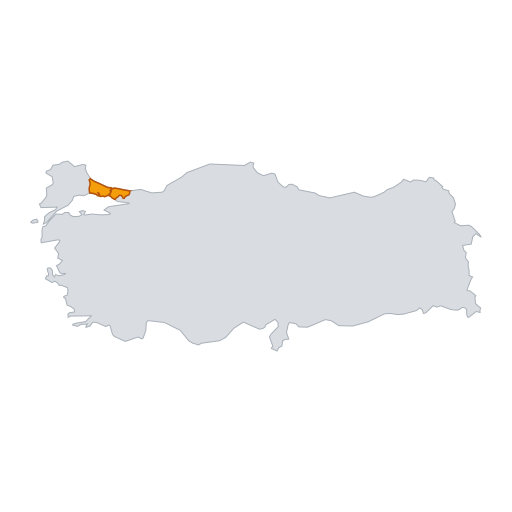 where Istanbul sits in Turkey
{"feature_id": "TUR-2265", "entity_name": "Istanbul", "entity_type": "Province", "adm_level": 1, "iso_a3": "TUR", "parent_name": "Turkey", "parent_adm1": "", "projection": "mercator", "projection_center": [28.93, 41.208], "detail": "fine", "context": "in_parent", "style": "filled", "palette": "amber", "viewbox_px": 512, "rotation_deg": 0, "n_neighbors": 0, "source": "natural_earth", "source_scale": "10m", "svg_char_len": 5371}
<svg xmlns="http://www.w3.org/2000/svg" viewBox="0 0 512 512"><path d="M403.5,179.3L410.8,182.0L413.2,180.0L420.0,180.3L426.0,181.8L429.3,177.4L433.5,177.9L434.3,180.1L436.3,180.9L442.6,186.5L441.8,187.2L443.4,189.3L448.7,190.7L449.2,193.5L453.4,197.7L455.5,204.2L454.2,208.8L451.9,211.6L455.2,221.3L454.2,222.6L460.7,225.8L468.9,225.2L471.5,226.6L479.3,234.2L481.3,237.2L475.9,233.6L472.8,236.7L471.2,244.1L462.6,245.5L463.9,250.3L466.2,252.6L465.5,257.1L466.1,258.9L468.4,261.9L468.1,266.0L469.1,270.3L469.1,275.5L472.6,277.0L471.0,279.4L467.0,289.8L467.3,290.6L470.0,290.9L475.9,295.7L474.9,297.2L475.6,303.8L480.7,308.1L479.9,310.3L480.1,312.5L476.3,311.5L468.7,317.3L467.8,317.2L466.8,315.2L466.6,309.3L464.7,307.8L462.4,307.4L458.2,310.1L454.4,310.0L450.7,309.5L440.7,305.8L437.0,307.1L433.2,305.7L425.7,312.9L423.4,313.5L422.4,309.9L419.8,307.9L416.4,310.6L403.6,314.1L397.7,314.6L390.5,313.5L384.5,313.8L368.3,321.8L352.8,326.0L338.9,325.7L331.3,320.7L325.4,319.6L307.6,327.2L298.9,326.9L296.0,323.8L289.3,322.5L287.9,325.5L286.5,332.6L288.8,339.1L285.0,339.5L282.6,341.0L282.0,345.9L278.6,347.8L277.4,350.8L276.8,350.9L271.3,348.4L272.8,346.0L269.4,336.9L271.1,334.1L278.2,326.7L278.0,322.4L275.0,319.3L265.8,324.8L265.0,326.9L262.9,328.5L259.5,329.2L243.3,322.1L233.8,328.3L225.7,337.4L219.6,340.7L201.6,343.2L198.4,344.9L192.3,343.0L188.6,340.6L180.2,330.3L164.5,322.5L147.8,320.6L146.3,322.7L145.8,330.6L143.1,338.1L141.7,338.9L138.1,337.0L125.3,341.4L114.4,336.5L112.5,334.4L110.0,325.7L108.4,325.1L106.7,326.3L104.8,326.2L96.9,322.5L92.7,322.2L90.2,325.9L86.0,327.4L85.9,326.4L87.5,324.0L81.0,324.4L77.5,326.3L72.7,325.2L73.0,324.1L76.9,323.0L85.7,321.6L91.3,315.8L70.3,316.1L68.2,317.4L67.9,314.4L69.1,312.9L74.6,311.9L74.3,309.3L70.9,306.6L67.2,305.2L65.5,298.8L63.6,297.2L63.9,296.3L67.3,295.2L68.0,290.5L67.5,287.7L60.7,285.1L59.2,285.4L57.5,282.9L54.6,281.1L52.2,282.6L45.4,278.7L46.6,275.9L48.3,276.0L48.6,273.8L47.3,270.2L47.4,268.3L48.9,267.8L50.6,268.1L52.3,270.3L52.5,274.5L54.4,277.0L55.6,274.5L58.8,275.9L64.4,274.6L65.4,273.5L61.3,273.6L59.8,272.6L56.5,265.7L59.9,263.7L62.4,260.4L57.7,258.1L58.6,253.5L54.6,248.1L59.9,241.2L59.7,240.3L58.0,239.8L41.2,242.8L40.9,239.7L42.1,237.0L42.0,230.4L42.8,226.8L45.9,225.7L49.7,220.4L55.9,214.1L62.3,214.3L64.9,212.5L68.7,212.4L69.9,214.9L73.2,216.6L79.2,216.3L82.0,214.7L79.3,211.6L82.6,210.6L85.3,211.4L83.9,214.7L84.7,215.1L92.4,214.0L100.4,214.9L109.3,214.5L110.4,213.4L104.1,210.0L108.1,207.0L110.4,206.4L129.0,203.7L129.1,203.0L117.7,201.5L111.8,197.5L110.2,195.3L111.3,190.0L112.6,188.6L116.7,188.4L130.7,190.8L140.7,189.4L151.7,192.9L162.2,192.2L164.3,190.6L166.9,185.5L181.7,177.1L186.9,172.6L209.9,164.0L244.4,165.5L250.4,162.1L253.9,163.2L253.0,165.5L253.2,167.5L257.3,172.7L263.4,175.7L271.9,173.1L275.0,174.1L278.0,182.2L283.3,186.9L285.8,187.3L289.0,184.5L292.1,184.2L297.2,186.9L298.9,189.8L315.4,193.1L318.8,195.5L329.8,197.9L354.4,192.2L363.4,196.1L371.0,197.3L374.2,196.7L384.1,192.2L387.2,189.6L393.4,187.4L401.2,182.3L403.5,179.3ZM85.9,165.1L85.3,168.7L86.8,172.7L90.2,178.2L93.7,180.9L110.4,188.3L108.1,195.3L103.9,196.3L89.6,193.0L83.8,195.8L79.6,195.1L73.8,196.4L72.2,200.5L68.1,205.2L56.7,211.1L46.3,222.7L43.3,224.1L44.6,220.2L44.5,216.8L49.0,212.7L55.5,209.7L57.1,207.1L41.0,207.6L39.4,204.0L41.1,203.3L46.3,196.9L46.8,194.4L46.3,188.1L52.7,184.4L53.2,183.0L52.2,176.7L46.1,173.1L46.2,171.3L50.5,169.6L53.0,165.2L59.3,164.4L62.3,162.2L67.8,161.1L74.6,166.6L82.7,164.5L85.9,165.1ZM37.8,222.3L32.4,223.2L30.7,222.3L32.4,220.4L36.6,219.1L38.0,221.0L37.8,222.3Z" fill="#d9dde1" stroke="#a8b0b8" stroke-width="1"/><path d="M90.3,178.6L91.0,179.3L94.6,181.5L99.7,183.7L106.9,187.2L109.3,187.7L109.4,187.8L109.5,187.8L109.9,187.9L110.0,187.6L110.7,187.6L111.3,187.8L111.7,188.2L111.4,188.9L111.1,189.5L110.7,190.1L110.3,190.3L110.1,190.4L110.1,190.6L110.3,190.8L110.5,191.1L110.6,191.3L110.8,191.5L110.7,191.6L110.6,191.8L110.5,192.4L110.3,193.0L110.1,193.4L109.8,193.8L109.6,194.0L109.2,194.1L109.0,194.3L108.9,194.5L108.8,194.8L108.9,195.0L108.9,195.3L108.7,195.5L108.2,195.4L108.0,195.2L107.8,195.2L107.7,195.3L107.5,195.6L107.4,195.6L107.2,195.7L106.7,196.0L105.8,196.2L105.6,196.3L105.4,196.4L105.3,196.5L105.2,196.6L104.9,196.7L104.3,196.7L104.1,196.6L103.9,196.4L103.7,196.2L103.1,196.1L100.3,196.5L99.6,196.2L99.8,195.2L99.5,194.9L99.3,194.8L99.1,194.8L99.3,194.1L99.0,193.4L98.6,193.0L98.0,192.9L98.1,193.3L98.6,193.8L98.8,194.4L98.8,194.7L98.8,195.1L98.6,195.6L98.3,195.8L97.6,195.7L96.4,194.5L95.8,194.2L95.0,194.0L93.4,193.4L92.6,193.3L91.8,193.3L91.6,193.2L91.3,192.9L91.1,192.9L90.3,193.1L89.8,193.1L89.7,193.0L89.4,191.3L89.1,188.9L89.4,187.0L90.1,184.4L89.9,182.4L89.2,180.1L89.3,180.1L90.3,178.6L90.3,178.6ZM115.1,199.4L114.8,199.2L114.3,199.3L113.8,198.8L112.5,198.2L112.0,197.8L111.5,197.2L111.1,196.8L109.8,196.1L109.9,195.8L109.6,195.7L109.5,195.4L109.4,195.0L109.3,194.6L109.7,194.3L110.2,193.8L110.6,193.1L110.9,191.9L111.2,191.5L111.2,191.1L110.7,190.7L111.3,189.9L112.2,188.9L113.1,188.2L113.8,188.4L114.0,188.4L114.2,188.0L114.6,188.0L119.0,188.8L123.7,189.9L129.9,190.9L129.4,191.1L129.7,192.0L129.7,193.0L129.1,194.6L127.8,195.3L126.3,195.9L124.9,196.9L124.7,197.6L124.3,198.3L123.5,198.4L122.8,197.8L122.1,196.3L121.0,195.4L119.7,195.2L118.7,196.0L117.7,197.0L117.1,197.3L115.9,198.3L115.1,199.4Z" fill="#f59e0b" stroke="#b45309" stroke-width="1.5"/></svg>